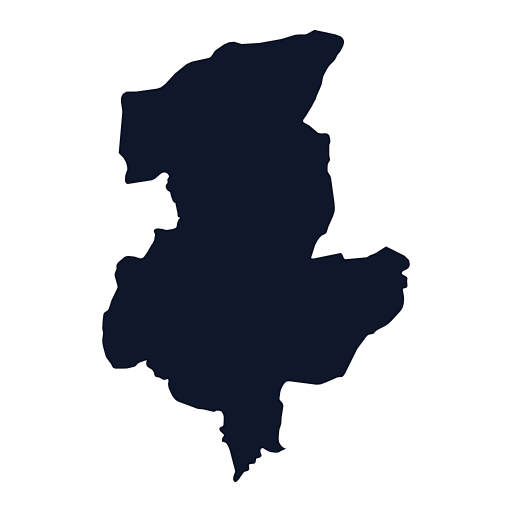 the border of Sari Pul
{"feature_id": "AFG-1748", "entity_name": "Sari Pul", "entity_type": "Province", "adm_level": 1, "iso_a3": "AFG", "parent_name": "Afghanistan", "parent_adm1": "", "projection": "equal_earth", "projection_center": [66.141, 35.686], "detail": "fine", "context": "isolated", "style": "filled", "palette": "ink", "viewbox_px": 512, "rotation_deg": 0, "n_neighbors": 0, "source": "natural_earth", "source_scale": "10m", "svg_char_len": 5943}
<svg xmlns="http://www.w3.org/2000/svg" viewBox="0 0 512 512"><path d="M314.5,30.7L334.8,35.0L340.3,37.0L341.2,37.8L342.0,38.6L342.7,39.6L343.2,41.0L343.2,42.0L343.2,42.9L342.9,44.4L342.5,45.5L340.1,50.4L339.4,51.4L337.8,53.3L337.0,54.2L334.9,58.4L333.6,60.3L329.2,64.7L328.3,65.8L326.2,69.0L322.9,75.4L322.5,76.6L322.1,77.9L321.2,83.2L320.6,85.2L316.1,95.5L315.1,98.7L314.6,99.7L312.6,103.2L311.6,105.3L305.4,115.5L303.0,118.8L302.6,119.7L302.2,121.1L302.4,121.9L303.1,122.9L308.9,126.1L316.7,132.8L317.9,133.6L320.9,134.2L325.4,134.0L327.3,134.5L328.2,135.3L328.8,136.2L329.5,139.8L329.6,141.1L329.5,142.1L328.8,144.2L328.5,145.5L328.5,155.0L328.7,156.5L329.2,158.8L329.2,159.5L329.1,160.2L328.9,160.8L327.6,162.7L327.3,163.3L327.1,164.3L326.9,165.4L326.8,168.5L326.9,171.8L329.7,176.2L330.4,178.8L333.8,203.6L334.1,207.9L333.9,211.2L332.5,215.6L327.5,227.0L326.1,231.6L325.9,232.1L325.6,232.5L325.1,233.1L324.3,233.6L321.7,234.7L320.8,235.4L319.2,237.0L317.4,239.3L316.4,241.0L314.4,244.9L310.3,257.8L310.7,259.0L313.6,259.3L340.5,253.8L340.8,253.9L341.0,254.1L341.3,254.4L341.7,255.0L342.0,255.6L342.9,257.9L343.5,258.9L344.5,259.8L345.6,260.0L366.3,258.1L367.9,257.6L369.4,256.5L371.0,255.7L373.7,254.8L376.7,253.3L386.1,247.3L404.0,256.3L408.3,260.4L408.9,263.2L409.0,264.2L409.0,264.9L408.9,265.6L408.6,266.3L408.1,267.1L407.4,267.8L406.4,268.6L402.9,270.3L401.9,271.1L401.2,272.2L401.1,273.9L401.6,274.8L405.8,277.1L406.4,277.8L406.7,278.4L406.4,280.6L406.4,281.9L406.7,285.1L406.6,286.1L406.3,286.8L405.8,287.1L403.2,287.8L402.5,288.1L402.2,288.4L402.1,289.0L402.1,290.0L403.2,296.4L403.3,298.2L403.3,300.4L403.0,303.2L402.6,305.3L402.0,307.2L401.1,308.9L399.9,310.6L391.0,320.3L387.9,323.2L384.3,325.6L378.3,328.6L375.4,330.5L373.1,333.0L367.9,334.2L365.9,336.0L356.5,348.7L344.4,373.2L343.0,375.2L341.9,376.2L338.1,376.5L336.8,376.8L327.1,381.1L320.6,383.6L316.7,384.0L289.6,380.5L286.6,380.7L285.4,381.5L284.3,382.4L283.0,384.1L282.1,385.5L281.2,387.2L280.0,390.3L279.6,391.8L278.7,398.3L278.8,399.3L279.1,400.2L279.7,401.0L281.4,402.9L282.1,403.9L282.5,405.4L282.5,407.0L280.9,417.2L280.5,423.5L279.7,426.5L279.1,427.9L278.7,429.4L278.4,431.2L277.9,437.8L278.0,439.9L278.2,441.7L278.7,443.1L279.3,444.2L280.7,446.2L281.2,446.7L282.4,447.9L284.2,448.7L280.5,450.4L278.6,451.5L277.8,451.8L276.5,452.0L274.9,451.9L271.5,451.4L269.0,450.7L265.6,448.9L264.1,447.9L262.9,447.2L262.0,447.3L260.8,448.1L260.0,449.1L259.6,450.1L259.6,451.1L259.7,452.0L259.9,452.9L260.7,454.9L260.8,455.4L260.6,455.9L260.3,456.3L259.6,456.8L258.8,457.1L256.3,457.7L255.7,458.1L255.4,458.6L255.1,460.9L254.9,461.7L254.5,462.4L254.1,462.8L253.5,463.0L250.0,463.3L249.2,463.6L248.6,464.1L248.2,464.7L248.1,465.5L248.2,466.4L248.4,467.3L248.5,468.1L248.5,468.8L248.2,469.5L247.7,470.0L247.1,470.3L244.4,471.0L243.8,471.3L243.2,471.8L238.3,478.7L236.5,480.7L235.8,481.2L235.1,481.3L234.6,480.8L233.9,479.7L234.0,477.5L234.4,475.8L235.7,472.5L235.9,471.6L235.7,470.1L230.3,449.5L228.8,445.8L227.5,443.6L225.9,441.9L222.7,441.0L222.7,439.4L223.2,438.0L224.6,435.9L224.9,435.3L225.0,434.8L224.4,434.1L220.8,430.7L220.2,429.4L220.2,428.3L220.9,427.7L223.1,426.8L223.6,426.4L223.9,425.7L224.2,424.8L224.3,423.6L224.5,418.4L224.5,417.2L224.4,416.2L224.1,415.0L223.6,413.7L222.9,412.4L222.3,411.3L221.1,410.5L219.8,410.1L217.2,409.9L215.8,410.1L214.9,410.5L214.4,411.0L213.2,411.0L203.7,408.7L197.8,408.1L178.3,400.8L176.9,400.0L175.4,398.7L173.4,396.2L172.4,394.5L169.9,389.1L169.4,387.8L169.1,386.5L168.9,385.0L168.8,383.9L169.2,381.2L169.2,380.3L169.1,379.5L168.8,378.8L168.3,378.3L167.7,378.2L164.6,379.1L163.9,379.1L163.0,378.8L160.3,377.2L158.9,376.7L156.9,376.4L155.9,376.0L155.1,374.7L154.6,372.5L154.3,371.7L153.9,371.0L153.5,370.3L153.0,369.6L152.4,369.1L151.8,368.6L149.0,367.0L148.4,366.5L147.8,366.0L147.4,365.3L147.1,364.7L147.0,364.1L147.0,363.4L147.0,362.6L147.2,361.7L147.7,360.2L147.7,359.8L147.7,359.5L146.8,359.5L145.4,359.7L138.9,362.0L138.2,362.5L137.4,363.0L135.3,365.3L134.1,366.0L132.3,366.5L126.5,367.8L115.3,367.9L113.5,367.1L111.5,363.4L107.4,357.8L106.5,356.2L105.9,354.3L103.8,346.5L103.1,342.7L103.0,339.8L103.6,335.1L103.8,332.8L103.0,328.1L103.4,321.0L104.1,314.8L104.4,313.9L105.0,313.0L107.7,311.3L108.7,310.2L109.6,308.7L112.0,301.0L117.9,288.6L118.3,287.6L118.3,287.1L118.3,286.5L118.0,284.9L115.6,276.4L115.4,275.5L115.4,274.9L115.4,274.0L116.0,272.1L117.0,269.8L117.2,269.0L117.3,268.6L117.2,266.9L117.2,265.3L117.9,264.0L119.0,262.6L125.0,257.5L126.4,257.0L128.2,256.7L134.1,257.3L140.0,259.1L141.0,259.1L141.9,259.1L144.2,257.8L147.9,252.6L152.1,245.2L153.0,244.0L154.2,241.9L154.9,240.2L155.6,236.4L155.8,234.8L155.6,233.6L154.7,231.8L154.6,230.8L155.0,230.0L156.4,229.4L157.4,229.2L158.3,229.2L161.7,229.6L166.6,230.8L173.1,229.7L176.3,228.5L176.7,228.3L177.0,227.4L177.5,226.1L177.9,223.4L178.4,221.8L179.1,220.3L180.6,218.4L180.8,217.7L180.6,217.1L179.7,216.6L179.1,216.5L178.6,216.4L178.5,216.1L178.3,215.5L178.3,213.5L176.4,204.4L176.3,203.3L176.1,202.5L175.8,202.2L174.6,202.0L174.0,201.3L173.5,200.6L171.7,195.8L170.9,192.1L170.5,191.5L169.8,191.0L168.2,190.0L167.2,188.9L166.4,186.7L166.6,185.6L167.1,184.6L167.7,183.9L168.1,183.2L168.4,182.7L168.4,182.2L168.1,180.1L168.1,179.7L168.3,179.2L169.6,177.2L169.8,176.6L169.7,175.8L169.3,174.8L168.5,173.7L167.5,172.7L166.4,172.1L165.2,171.8L163.9,171.6L161.0,172.6L156.1,176.8L154.6,178.2L153.3,178.8L151.6,179.5L127.5,183.3L126.3,182.4L125.7,180.5L126.0,175.6L128.1,169.6L128.0,167.9L127.7,165.8L127.0,163.1L126.2,161.0L123.9,157.2L119.5,152.8L123.0,112.7L123.0,110.6L121.8,102.5L121.7,100.3L121.8,98.1L122.7,95.7L123.5,94.4L126.6,92.4L136.5,92.3L157.1,89.4L161.3,88.0L165.9,84.5L175.5,74.0L186.9,64.8L192.1,62.4L209.3,58.6L211.1,57.6L213.0,55.2L214.9,52.2L215.5,51.5L216.5,50.5L224.5,45.0L228.9,43.1L234.0,42.5L241.6,44.8L259.5,43.7L281.4,39.8L295.5,35.5L301.3,35.1L303.8,35.3L306.2,35.0L307.3,34.6L314.5,30.7Z" fill="#0f172a" stroke="#020617" stroke-width="1.5"/></svg>